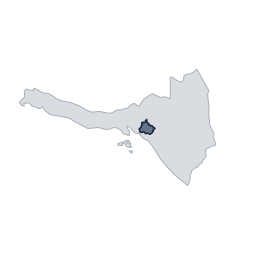 Ghinda, Semenawi Keyih Bahri, Eritrea (highlighted), rotated 156°
{"feature_id": "51966322B62460220695026", "entity_name": "Ghinda", "entity_type": "district", "adm_level": 2, "iso_a3": "ERI", "parent_name": "Eritrea", "parent_adm1": "Semenawi Keyih Bahri", "projection": "orthographic", "projection_center": [39.133, 15.477], "detail": "fine", "context": "in_parent", "style": "filled", "palette": "slate", "viewbox_px": 256, "rotation_deg": 156, "n_neighbors": 0, "source": "geoboundaries", "source_scale": "gbopen_adm2", "svg_char_len": 5275}
<svg xmlns="http://www.w3.org/2000/svg" viewBox="0 0 256 256"><g transform="rotate(156 128 128)"><path d="M41.2,153.6L40.4,145.7L39.9,140.4L39.4,134.8L38.9,129.6L41.5,126.4L42.7,123.3L45.8,113.3L47.0,111.4L49.4,106.0L49.7,104.5L52.1,97.8L52.0,93.3L51.5,88.8L52.8,86.1L54.0,84.0L53.9,82.1L54.5,77.9L54.8,76.9L56.2,76.8L59.1,77.4L61.1,77.0L63.5,77.0L65.4,76.9L66.5,75.6L68.0,70.7L69.0,69.7L69.8,69.4L71.9,68.5L73.7,67.1L75.2,66.1L75.8,65.9L77.3,65.8L78.9,65.2L79.6,64.5L81.6,63.9L83.5,64.3L84.8,63.7L85.7,63.3L86.6,63.3L87.6,62.7L87.9,61.8L88.5,61.3L90.0,60.0L90.7,59.1L91.0,58.1L91.3,57.4L92.0,56.1L94.6,53.0L96.9,51.2L104.8,67.1L108.0,76.4L110.8,86.2L112.9,100.9L114.9,108.4L118.2,112.1L120.4,119.0L122.3,119.3L123.7,121.2L126.1,127.8L127.8,130.2L128.7,128.1L128.6,126.9L128.0,124.9L128.6,122.3L129.9,120.7L132.9,122.8L134.6,124.4L135.0,127.6L135.7,129.4L138.9,133.2L141.6,134.3L145.1,134.5L148.0,135.3L150.4,136.7L154.8,140.5L164.8,143.8L173.0,154.0L177.8,161.1L193.5,171.8L196.3,176.9L197.8,182.0L201.1,181.7L206.8,187.2L208.5,191.4L213.1,192.8L213.9,190.3L216.2,192.3L217.1,195.5L214.2,196.8L210.9,198.0L210.4,198.0L209.4,199.5L207.9,203.5L206.2,204.7L205.3,204.8L200.1,201.1L199.4,200.9L198.3,201.7L197.5,202.5L195.1,199.7L193.3,197.2L190.8,194.2L188.5,192.9L185.9,191.2L183.4,187.3L180.8,183.0L177.1,179.5L170.0,174.5L163.6,168.1L158.6,161.3L155.4,157.8L154.1,157.0L147.6,154.8L143.0,151.7L139.5,149.2L137.3,148.5L135.2,148.4L130.8,149.0L127.1,147.4L125.6,147.4L123.1,146.9L121.1,146.3L118.9,147.0L114.2,148.2L112.3,147.9L111.2,146.3L110.6,145.1L109.0,143.8L107.7,143.8L106.9,145.0L102.0,147.8L93.8,149.4L91.9,149.3L90.5,148.1L86.4,143.2L85.2,142.4L84.3,142.3L82.3,141.7L80.6,140.8L79.0,138.8L77.4,137.6L75.7,141.5L72.7,148.4L71.1,152.1L69.0,156.8L68.4,157.0L67.3,156.6L63.3,150.7L60.7,148.4L58.8,148.6L57.4,149.7L56.5,151.7L55.5,152.9L54.5,153.3L52.3,153.1L48.9,152.1L45.3,152.3L41.7,153.6L41.2,153.6ZM137.2,114.5L138.3,115.9L139.0,115.8L139.6,115.3L140.1,114.3L144.2,116.3L144.0,117.6L141.5,117.7L138.6,117.2L136.0,117.4L132.8,116.8L132.1,114.5L134.1,115.6L135.1,115.3L135.3,115.0L133.9,113.5L131.9,113.2L132.0,112.0L132.9,111.5L133.5,110.9L132.3,109.2L134.6,109.6L136.0,110.6L136.9,111.8L137.2,114.5ZM135.4,103.9L136.3,106.5L133.7,105.5L133.3,105.0L134.4,103.9L134.7,103.3L135.4,103.9Z" fill="#d9dde1" stroke="#a8b0b8" stroke-width="1"/><path d="M104.2,118.1L104.3,118.3L104.5,118.3L104.6,118.5L104.6,118.9L104.7,119.1L104.8,119.2L104.8,119.4L104.9,119.5L105.0,119.7L105.0,119.8L105.2,120.0L105.3,120.1L105.2,120.3L105.3,120.5L105.5,120.6L105.8,120.8L106.0,121.0L106.3,121.2L106.5,121.1L106.8,121.1L106.9,121.3L107.0,121.5L107.4,121.8L107.6,121.9L107.7,122.1L107.4,122.4L107.4,122.5L107.4,122.9L107.3,123.0L107.2,123.3L107.3,123.3L107.5,123.4L107.4,123.5L107.3,123.8L107.4,123.7L107.5,123.7L107.6,123.8L107.6,124.0L107.7,124.3L107.8,124.4L107.9,124.5L108.0,124.7L108.1,124.8L108.1,125.0L108.2,125.3L108.3,125.5L108.2,125.6L108.1,125.8L108.1,126.0L108.3,126.3L108.3,126.5L108.2,126.5L107.9,126.7L107.8,126.9L107.8,127.0L107.7,127.2L107.7,127.3L107.6,127.5L107.8,127.5L108.1,127.7L108.1,127.8L108.2,127.7L108.3,127.5L108.5,127.5L108.8,127.7L108.8,127.8L109.0,127.8L109.1,127.7L109.1,127.4L109.2,127.1L109.2,126.9L109.1,126.7L109.4,126.5L109.6,126.5L109.8,126.5L110.0,126.4L110.0,126.5L110.3,126.5L110.5,126.5L110.8,126.5L111.0,126.6L111.3,126.7L111.4,126.8L111.5,126.8L111.7,127.0L111.8,127.0L112.0,127.0L112.3,127.2L112.4,126.9L112.5,126.8L112.7,126.7L112.9,126.7L113.0,126.8L113.0,126.7L113.3,126.5L113.5,126.6L113.4,126.5L113.5,126.5L113.5,126.4L113.6,126.2L113.8,126.0L113.9,125.9L114.0,125.5L114.1,125.4L114.1,125.1L114.3,125.2L114.5,125.1L114.6,124.8L114.6,124.6L114.7,124.4L114.9,124.2L115.0,124.1L115.1,123.8L115.4,123.6L115.4,123.8L115.5,123.8L115.6,123.7L115.8,123.5L116.0,123.4L116.5,123.2L116.8,123.1L117.0,123.1L117.1,122.9L117.3,122.8L117.5,122.8L117.8,122.7L118.0,122.7L118.2,122.4L118.3,122.2L118.3,121.9L118.2,121.5L118.2,121.4L118.2,121.1L118.2,120.9L118.4,120.2L118.4,119.8L118.5,119.6L118.6,119.4L118.6,119.5L118.5,119.4L118.4,119.3L118.4,119.2L118.3,118.9L118.1,118.9L117.9,118.8L117.8,118.7L117.7,118.7L117.3,118.5L117.2,118.5L117.2,118.4L116.9,118.4L116.6,118.2L116.4,118.2L116.0,118.2L115.8,118.1L115.7,118.2L115.5,118.3L115.4,118.3L115.3,118.2L115.1,118.0L115.0,117.9L114.9,117.8L114.8,117.7L114.7,117.4L114.7,117.1L114.6,116.8L114.6,116.7L114.5,116.4L114.5,116.2L114.4,115.9L114.2,115.8L114.2,115.7L113.8,115.5L113.7,115.5L113.4,115.6L113.2,115.7L112.9,115.7L112.7,115.6L112.5,115.4L112.4,115.3L112.2,115.2L111.9,114.9L111.8,114.7L111.7,114.7L111.5,114.3L111.3,114.1L111.2,114.0L110.8,113.5L110.7,113.4L110.3,113.3L110.0,113.3L109.9,113.3L109.7,113.4L109.4,113.5L109.2,113.5L108.9,113.6L108.5,113.7L108.4,113.7L108.2,113.7L107.9,113.7L107.7,113.8L107.5,114.0L107.4,114.1L107.1,114.3L106.9,114.4L106.6,114.5L106.4,114.7L106.2,114.7L106.1,114.8L106.1,115.0L105.9,115.1L105.8,115.3L106.0,115.4L105.9,115.4L105.9,115.5L105.8,115.8L105.8,116.0L105.7,116.1L105.8,116.2L105.8,116.3L105.7,116.3L105.4,116.3L105.1,116.3L104.9,116.4L104.7,116.4L104.3,116.4L104.3,116.6L104.1,116.6L103.8,116.7L103.6,116.6L103.5,116.8L103.6,117.0L103.9,117.4L104.1,117.5L104.1,117.8L104.1,118.0L104.2,118.1Z" fill="#64748b" stroke="#1e293b" stroke-width="1.5"/></g></svg>